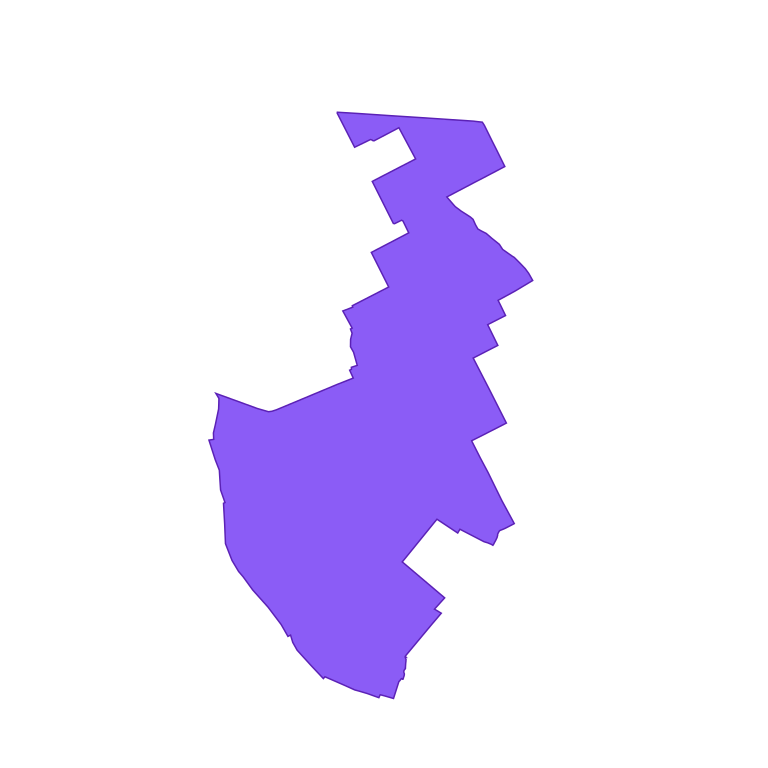 Seaca, Teleorman, Romania, rotated 41°
{"feature_id": "2599482B69816057768197", "entity_name": "Seaca", "entity_type": "district", "adm_level": 2, "iso_a3": "ROU", "parent_name": "Romania", "parent_adm1": "Teleorman", "projection": "mercator", "projection_center": [25.083, 43.758], "detail": "fine", "context": "isolated", "style": "filled", "palette": "violet", "viewbox_px": 768, "rotation_deg": 41, "n_neighbors": 0, "source": "geoboundaries", "source_scale": "gbopen_adm2", "svg_char_len": 3086}
<svg xmlns="http://www.w3.org/2000/svg" viewBox="0 0 768 768"><g transform="rotate(41 384 384)"><path d="M263.3,501.4L268.9,503.2L272.3,507.3L275.6,511.4L283.5,525.5L287.4,532.9L291.8,537.5L288.7,541.2L306.4,551.9L316.3,557.1L320.5,561.4L330.2,571.2L341.8,577.8L341.1,579.3L355.6,594.2L369.1,608.5L385.1,616.9L397.3,620.9L404.1,621.9L420.1,625.6L443.0,628.5L464.2,633.0L477.1,637.5L478.2,634.8L484.7,638.9L493.1,641.9L513.5,644.3L531.5,646.1L531.5,643.7L550.3,637.8L562.6,634.1L566.5,632.2L574.4,628.6L577.7,627.3L582.1,625.6L583.6,625.0L585.9,624.1L585.0,621.0L589.5,618.8L597.5,615.1L590.5,598.9L590.5,598.2L590.6,597.5L590.5,596.8L590.5,596.0L590.4,595.1L590.5,594.9L590.6,594.7L590.8,594.6L591.0,594.6L591.4,594.7L591.6,594.7L591.8,594.6L592.0,594.4L592.0,594.2L591.9,593.9L591.7,593.5L591.2,592.5L591.0,592.0L590.8,591.4L590.4,590.7L590.2,590.3L589.7,589.6L589.4,589.3L588.5,588.8L588.1,588.6L587.4,587.7L587.0,587.0L586.9,585.2L586.9,584.9L586.8,584.7L586.7,584.8L585.8,583.4L584.8,582.1L583.5,580.4L582.7,579.2L581.9,578.2L581.6,577.7L581.3,577.4L581.0,577.2L580.6,577.0L580.2,576.8L579.7,576.6L579.4,576.4L579.3,575.8L579.5,575.7L578.7,575.6L578.6,574.5L577.8,536.2L577.6,519.4L576.0,519.7L569.8,520.8L569.8,519.8L569.9,516.1L570.0,510.6L570.1,505.6L568.7,505.6L562.6,505.7L514.5,506.3L514.1,493.7L512.7,452.1L512.7,451.3L537.4,448.1L536.6,443.8L562.6,437.5L563.0,437.4L563.9,437.0L565.0,436.5L566.1,436.0L566.8,435.7L567.5,435.5L568.1,435.3L569.0,435.0L569.5,434.8L570.7,434.5L572.0,434.3L571.9,433.2L571.4,431.2L571.0,429.2L570.8,428.4L570.6,427.7L570.3,426.6L570.1,425.8L570.0,425.6L569.7,425.0L569.3,424.2L569.0,423.6L568.9,423.5L568.7,423.3L568.4,422.9L568.3,422.7L568.1,422.1L567.7,420.4L567.5,419.4L567.6,418.5L568.7,416.4L569.2,415.4L569.6,414.6L570.2,413.3L571.4,410.3L571.8,409.3L572.8,406.8L573.9,403.9L570.8,402.7L549.5,394.7L533.8,388.1L526.7,385.1L520.8,382.6L505.4,376.7L503.4,375.9L501.7,375.2L487.9,369.6L487.4,369.3L493.8,353.6L494.6,351.6L502.0,333.2L501.5,333.0L467.4,319.1L434.3,305.9L441.5,287.9L444.6,280.2L427.1,272.8L423.3,271.2L430.8,252.6L421.0,248.4L415.2,246.0L421.9,228.0L428.3,208.3L420.7,205.6L415.0,204.3L408.7,203.7L399.3,203.0L396.9,203.4L385.3,204.6L379.4,202.9L369.7,203.3L362.4,203.3L356.8,204.7L353.1,205.4L348.6,203.8L343.2,201.3L339.7,201.3L328.7,202.9L321.4,203.4L319.0,203.1L310.6,201.9L308.7,201.6L320.0,172.6L324.9,160.2L332.5,140.6L315.3,133.4L306.2,129.7L290.2,123.0L288.6,122.5L286.4,121.9L282.5,124.6L279.1,126.9L244.3,153.3L241.9,155.1L212.9,177.2L186.5,197.2L170.5,209.5L171.0,210.3L206.5,224.6L213.4,208.4L214.7,207.8L216.1,207.6L217.0,206.9L217.4,205.8L227.1,180.8L260.2,193.4L247.3,225.9L242.2,238.8L285.7,256.7L286.8,256.1L289.8,248.9L291.3,248.5L300.2,252.3L303.5,253.7L295.8,273.4L290.8,286.1L288.1,293.0L323.9,307.7L308.7,345.7L310.0,346.5L305.0,355.9L323.3,362.7L322.6,364.5L326.6,366.6L329.5,372.2L334.3,377.9L340.2,380.0L351.6,387.5L348.4,392.8L349.8,394.3L349.0,396.1L356.9,399.7L348.9,415.1L319.7,474.1L317.3,478.1L315.0,480.7L304.7,485.5L263.3,501.4Z" fill="#8b5cf6" stroke="#5b21b6" stroke-width="1.5"/></g></svg>